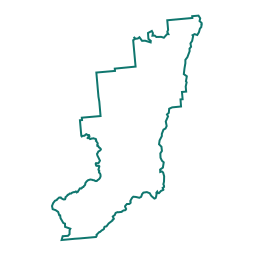 the district of Sanders, Montana, United States of America, rotated 265°
{"feature_id": "52423323B19966710463863", "entity_name": "Sanders", "entity_type": "district", "adm_level": 2, "iso_a3": "USA", "parent_name": "United States of America", "parent_adm1": "Montana", "projection": "natural_earth1", "projection_center": [-115.304, 47.691], "detail": "fine", "context": "isolated", "style": "outline", "palette": "teal", "viewbox_px": 256, "rotation_deg": 265, "n_neighbors": 0, "source": "geoboundaries", "source_scale": "gbopen_adm2", "svg_char_len": 4136}
<svg xmlns="http://www.w3.org/2000/svg" viewBox="0 0 256 256"><g transform="rotate(265 128 128)"><path d="M22.2,52.1L22.3,65.3L22.2,70.5L22.2,72.2L22.2,73.7L22.2,74.7L22.2,83.3L22.2,86.6L23.4,87.5L24.3,87.3L26.9,90.4L26.9,91.1L28.3,92.9L28.9,94.3L29.6,95.3L31.2,95.7L31.7,96.3L31.9,98.0L34.6,100.4L37.2,104.5L38.0,104.7L38.2,105.4L38.8,106.0L41.1,105.1L41.8,106.0L42.3,107.1L44.5,108.3L45.1,110.2L44.9,111.1L45.0,114.4L45.7,115.1L46.3,116.6L46.3,117.9L46.7,118.6L47.5,119.1L49.9,118.2L50.7,118.5L52.4,120.3L52.2,122.5L52.8,123.6L53.3,124.1L54.3,124.2L55.0,123.9L56.7,125.0L58.2,126.1L59.1,127.3L58.6,129.9L57.5,133.2L58.3,135.1L60.2,136.0L60.7,136.1L62.3,137.7L62.5,141.2L61.1,144.0L59.1,144.9L58.1,145.5L55.4,148.1L55.7,149.3L57.1,150.0L59.7,150.7L61.0,150.6L62.1,151.6L60.5,152.2L60.4,153.2L62.4,155.3L63.3,157.8L63.6,157.9L65.3,157.3L66.2,158.8L67.5,158.8L69.0,158.3L69.6,158.6L71.5,159.2L76.8,159.8L80.6,159.1L81.8,157.9L81.4,156.3L83.8,156.4L85.5,159.3L90.7,160.6L92.4,159.0L95.5,157.8L99.9,158.0L102.2,159.8L106.4,159.7L109.1,157.5L112.9,158.4L117.0,161.0L119.2,161.2L123.3,163.2L124.2,165.3L126.6,166.7L131.2,166.2L136.1,168.9L138.1,168.0L139.6,170.0L143.6,170.7L144.7,173.8L144.8,182.7L151.9,182.8L151.9,184.9L159.2,184.9L159.2,189.1L164.3,189.1L168.4,190.4L169.5,189.8L174.4,191.1L176.8,188.3L182.6,189.5L187.5,190.8L190.9,191.1L193.3,193.3L199.2,196.1L201.7,196.2L203.4,197.9L206.8,197.6L209.2,199.5L213.9,200.9L214.8,200.4L215.7,202.5L214.6,205.1L217.2,207.0L220.7,208.3L222.2,209.8L222.3,209.8L222.5,209.8L222.9,209.9L223.1,210.0L223.8,210.2L224.1,210.3L224.3,210.3L224.4,210.2L224.5,210.3L224.9,210.3L225.1,210.5L225.4,210.4L225.6,210.5L225.8,210.5L226.2,210.5L228.3,208.6L231.0,209.5L233.8,208.0L233.8,201.7L232.0,201.7L231.9,176.5L222.2,176.5L220.3,175.5L218.0,176.4L218.1,175.1L214.8,171.6L215.9,169.0L216.2,164.2L217.8,162.6L217.8,160.4L220.3,161.1L222.6,160.2L220.9,156.2L215.0,156.1L212.8,158.3L211.3,158.0L213.5,152.6L213.6,149.6L217.4,147.3L216.3,145.6L216.2,143.3L218.2,141.7L216.1,142.7L215.0,140.8L188.5,140.9L188.3,120.0L186.0,120.0L186.0,113.7L186.0,101.3L161.7,101.3L156.9,101.7L142.3,101.7L142.3,82.9L139.9,82.9L139.9,80.8L138.7,80.8L136.5,80.8L131.4,80.8L127.9,80.8L124.3,80.8L123.6,81.2L123.8,81.6L124.1,82.1L124.1,82.9L124.1,84.0L124.7,84.7L125.1,85.2L125.5,85.9L125.2,86.4L124.6,86.9L124.5,87.7L124.3,88.6L123.8,88.7L123.1,88.8L122.8,88.1L122.1,87.2L121.6,86.9L121.3,87.3L121.4,87.6L121.4,88.5L120.8,89.2L120.3,89.3L120.3,89.9L120.5,90.2L120.7,91.0L120.7,91.6L120.6,92.1L120.8,92.6L120.5,93.3L120.1,94.2L120.0,94.7L119.7,95.1L119.3,95.2L118.8,95.1L118.2,95.3L117.9,95.0L117.4,95.4L116.8,95.7L116.2,96.1L115.4,96.5L114.7,96.4L114.0,95.9L112.8,95.9L112.6,96.4L112.7,96.7L112.1,97.1L111.3,97.2L110.6,98.2L110.0,98.7L109.6,99.0L109.0,99.1L108.5,98.7L107.9,98.0L107.5,97.2L107.1,96.3L106.0,95.8L105.2,95.0L104.4,94.9L103.0,95.2L101.8,95.7L100.8,96.1L99.5,96.6L97.9,97.2L96.7,96.4L95.7,95.6L95.5,94.7L95.7,93.7L95.8,93.1L95.2,92.7L94.3,92.8L93.3,93.0L93.0,93.5L92.9,94.1L93.0,95.0L92.9,95.7L92.4,96.1L91.9,96.0L90.6,95.5L89.1,94.9L88.1,95.3L88.0,95.6L87.1,95.5L86.7,95.2L86.1,95.3L85.8,95.6L85.1,96.2L83.9,96.5L82.4,96.5L81.4,96.1L80.4,95.5L79.8,94.9L79.2,94.1L78.7,93.1L78.0,92.4L77.9,91.5L78.2,90.6L78.9,89.7L79.1,88.6L79.6,87.6L79.8,86.6L80.0,85.9L79.8,85.2L79.6,84.2L79.4,83.5L79.1,83.1L78.8,82.8L78.5,82.2L78.1,81.8L77.4,81.3L76.8,80.7L76.3,80.6L75.3,80.4L74.6,79.9L74.3,79.4L73.8,78.9L73.1,78.4L73.0,77.7L72.9,77.3L72.3,76.9L71.8,76.3L71.9,75.7L72.1,75.0L71.9,74.6L71.1,74.2L70.7,73.9L70.1,73.3L69.5,72.9L68.8,72.5L68.7,72.1L68.5,71.7L68.8,71.7L69.1,71.0L69.3,70.3L68.8,69.6L68.8,68.9L68.8,67.9L68.5,67.1L68.3,66.4L67.6,65.5L67.8,64.2L67.0,63.2L66.6,62.6L66.7,62.1L66.1,61.6L65.5,61.1L64.9,60.3L64.5,59.7L63.3,59.5L62.5,59.1L62.4,58.0L62.5,57.5L62.9,56.8L63.5,56.0L63.9,55.3L64.4,55.2L64.6,55.1L64.7,54.8L64.7,53.9L64.7,53.3L64.1,52.6L63.6,51.8L63.1,51.2L62.5,50.8L61.9,48.9L59.7,46.9L56.9,45.5L53.7,45.9L52.5,48.7L50.5,51.1L47.1,51.9L46.9,52.8L44.1,52.9L39.0,55.3L38.2,56.9L35.0,56.7L32.7,61.8L31.2,60.9L27.3,60.5L25.8,58.8L25.9,53.5L22.2,52.1Z" fill="none" stroke="#0f766e" stroke-width="2"/></g></svg>